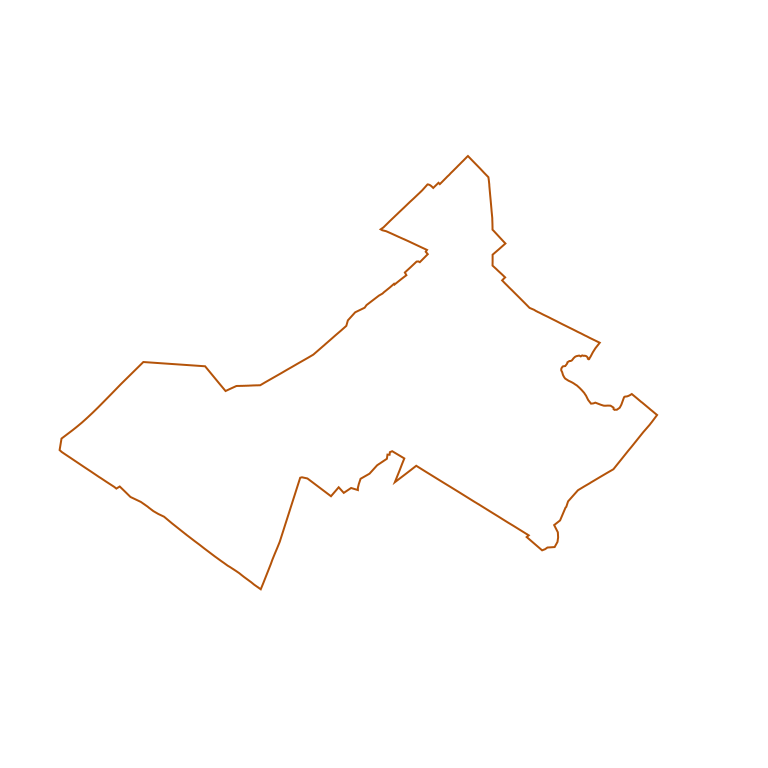 Temamatla, México, Mexico (Mercator projection), rotated 30°
{"feature_id": "50627088B72958492405595", "entity_name": "Temamatla", "entity_type": "district", "adm_level": 2, "iso_a3": "MEX", "parent_name": "Mexico", "parent_adm1": "México", "projection": "mercator", "projection_center": [-98.878, 19.192], "detail": "fine", "context": "isolated", "style": "outline", "palette": "amber", "viewbox_px": 768, "rotation_deg": 30, "n_neighbors": 0, "source": "geoboundaries", "source_scale": "gbopen_adm2", "svg_char_len": 5325}
<svg xmlns="http://www.w3.org/2000/svg" viewBox="0 0 768 768"><g transform="rotate(30 384 384)"><path d="M401.2,196.2L400.8,196.1L399.9,194.5L397.6,190.7L395.1,186.7L394.9,186.3L390.4,180.0L389.8,179.1L387.2,175.4L384.6,171.7L381.9,167.9L376.2,159.8L375.5,158.7L375.3,158.4L373.9,156.5L373.7,156.2L372.5,154.6L371.0,152.7L365.3,151.1L359.7,149.4L354.0,147.8L348.3,146.2L342.7,144.6L342.2,146.2L341.9,147.5L341.5,148.9L341.1,150.6L340.3,153.4L339.7,155.8L339.2,157.5L338.6,159.9L338.3,161.0L337.8,162.8L337.4,164.4L336.8,166.5L336.4,167.9L335.9,170.2L335.1,172.8L334.7,174.4L334.3,175.9L333.1,180.5L332.4,183.0L330.6,182.5L328.6,189.6L326.3,189.0L324.9,188.8L323.9,188.8L323.4,188.9L322.8,189.0L322.3,189.2L321.9,189.4L320.3,197.0L320.2,197.4L318.2,204.2L317.7,205.9L316.9,208.6L315.3,213.7L313.4,220.3L311.4,227.0L309.5,233.5L307.6,240.0L305.2,248.7L303.8,251.7L305.6,251.7L309.5,250.6L315.1,250.0L323.6,249.2L332.1,248.3L334.2,248.1L342.6,247.4L348.5,246.9L354.2,246.4L354.0,248.6L357.0,249.7L354.1,260.6L352.4,260.7L351.0,261.7L348.7,269.4L346.3,277.0L349.0,278.6L348.2,280.5L346.6,284.3L343.8,291.5L343.7,291.7L343.4,292.6L342.6,292.2L340.9,297.2L338.0,304.7L337.5,306.4L335.4,310.0L332.4,317.2L329.4,324.4L329.1,327.6L323.2,336.3L321.0,346.5L320.9,347.0L322.3,352.5L320.1,359.1L317.8,365.6L315.6,372.1L313.1,379.4L310.6,386.7L308.1,393.9L305.1,399.2L302.0,404.5L298.9,409.8L295.8,415.2L292.7,420.5L289.7,425.8L286.6,431.1L283.5,436.4L280.4,441.7L277.4,447.0L272.3,450.1L267.3,453.3L262.3,456.4L257.2,459.5L253.0,465.4L250.3,469.3L241.3,466.0L220.2,458.1L192.4,471.7L164.6,485.3L160.4,500.5L156.2,515.7L153.1,528.0L149.9,540.4L148.0,547.6L146.0,554.7L143.9,561.6L141.7,568.4L139.6,574.1L137.4,579.7L134.7,586.1L132.0,592.5L136.1,603.4L138.8,604.0L142.9,604.3L149.3,604.7L155.0,605.1L161.1,605.5L167.0,605.9L173.7,606.3L183.6,607.0L186.2,607.1L192.4,607.5L202.0,608.0L204.5,608.4L206.4,604.9L213.6,606.7L220.9,608.6L232.4,607.7L240.6,608.4L242.3,608.7L247.8,609.4L253.5,609.4L258.5,609.0L259.9,608.9L270.2,610.7L276.3,611.6L282.3,612.5L288.4,613.4L292.3,613.9L298.3,614.7L304.3,615.4L310.7,616.3L317.2,617.1L323.6,617.9L332.3,618.8L334.8,619.0L339.5,619.5L341.6,619.5L349.3,619.9L353.2,620.2L356.4,620.7L359.2,621.1L363.8,621.6L368.3,622.1L371.9,622.7L379.9,623.4L379.0,616.7L378.0,610.0L377.0,603.2L376.0,596.5L375.2,592.1L374.3,585.6L373.5,579.2L372.6,572.7L371.3,566.8L370.0,560.8L368.7,554.9L367.4,548.9L366.1,542.9L364.8,537.0L363.5,531.0L362.2,525.0L360.9,519.1L359.6,513.1L358.3,507.1L359.6,505.8L364.9,504.1L370.7,504.8L378.0,505.7L385.3,506.6L394.2,507.7L396.4,496.1L403.6,498.4L407.5,490.5L414.4,488.9L413.3,487.0L412.2,483.2L411.1,477.8L416.3,468.9L418.7,457.8L422.8,449.5L423.9,447.3L422.3,443.4L424.2,442.5L423.2,440.1L424.7,438.1L432.6,438.2L438.8,438.3L439.7,444.6L440.7,450.9L441.6,457.3L442.5,463.6L445.1,457.4L447.7,451.2L450.3,444.9L452.8,438.7L464.2,439.1L467.8,439.2L471.4,439.3L477.8,439.5L485.0,439.7L493.0,439.9L503.6,440.2L509.5,440.4L515.4,440.6L521.2,440.8L527.1,440.9L533.0,441.1L538.9,441.3L549.5,441.6L554.7,441.8L560.7,442.0L566.8,442.1L572.8,442.3L578.9,442.5L585.0,442.7L584.1,445.2L604.1,449.0L606.1,446.5L607.3,443.9L613.3,439.9L613.2,434.0L611.5,429.8L608.7,425.5L601.9,421.1L604.7,414.1L603.0,400.3L603.3,399.3L602.1,393.6L603.6,386.3L605.1,379.0L608.5,372.8L612.0,366.7L612.1,366.4L617.2,357.3L617.7,356.4L621.5,349.7L625.3,343.1L626.2,337.2L627.1,331.4L628.0,325.5L628.9,319.6L629.9,313.7L630.8,307.8L631.7,301.9L632.6,296.1L634.5,286.3L634.7,284.6L634.9,283.5L636.0,274.3L632.9,273.8L630.1,273.3L627.5,272.9L626.0,272.6L616.8,271.0L615.7,270.9L609.7,269.8L603.6,268.8L602.5,270.8L602.1,271.4L601.7,272.0L600.6,273.3L599.0,274.4L598.8,274.9L598.5,275.4L599.9,283.3L600.0,286.7L598.5,289.9L597.0,290.7L596.6,291.1L595.4,291.0L594.6,289.7L591.0,289.5L589.9,290.1L588.3,291.0L586.3,292.3L585.1,292.9L582.5,293.5L576.3,294.5L575.6,295.4L574.9,296.2L573.1,297.5L568.9,295.8L568.4,295.5L564.8,293.1L564.2,292.8L563.3,292.4L561.8,291.6L559.4,290.8L558.2,290.4L555.3,289.6L551.6,288.8L550.2,288.8L547.9,288.6L546.1,288.6L544.3,288.7L543.2,288.8L542.2,288.9L538.1,288.7L536.4,287.9L534.5,286.7L532.3,284.6L530.7,283.6L530.0,282.4L529.8,280.9L530.1,279.3L531.2,278.4L532.0,277.8L532.4,274.6L532.2,274.2L532.0,273.5L532.7,272.2L533.0,271.6L533.1,271.4L534.2,270.7L534.5,270.2L534.9,269.6L535.1,268.4L535.2,267.4L535.5,266.1L535.9,264.9L536.7,263.7L538.8,261.8L540.6,261.7L540.9,260.9L541.0,260.6L541.3,260.4L541.7,260.0L542.0,260.0L542.6,259.9L543.2,259.4L543.6,259.3L544.1,259.0L544.8,258.8L545.7,258.8L546.5,259.0L547.3,259.4L547.9,260.2L548.2,260.2L548.6,260.3L549.0,260.2L549.2,259.9L549.2,259.3L549.1,258.7L549.2,257.0L549.0,252.1L549.2,247.3L550.2,240.4L539.0,241.2L536.5,241.3L534.9,241.4L534.0,241.5L529.3,241.7L525.6,242.0L523.2,242.1L519.7,242.3L516.9,242.5L513.6,242.7L509.1,243.0L505.3,243.2L501.1,243.4L496.4,243.7L494.2,243.8L492.5,243.9L489.9,244.1L487.4,244.3L485.1,244.4L482.9,244.5L481.2,244.7L480.4,244.7L478.9,244.8L477.0,244.7L472.0,245.3L464.7,243.3L458.0,241.5L451.2,239.7L449.0,239.1L444.3,237.9L441.4,237.1L438.7,236.4L434.5,235.2L435.0,233.1L435.6,231.1L431.1,230.0L426.6,229.0L423.4,228.2L418.8,227.2L416.8,223.6L414.9,220.3L413.4,217.7L416.2,209.7L418.9,201.6L414.5,200.3L408.1,198.3L402.3,196.5L401.2,196.2Z" fill="none" stroke="#b45309" stroke-width="2"/></g></svg>